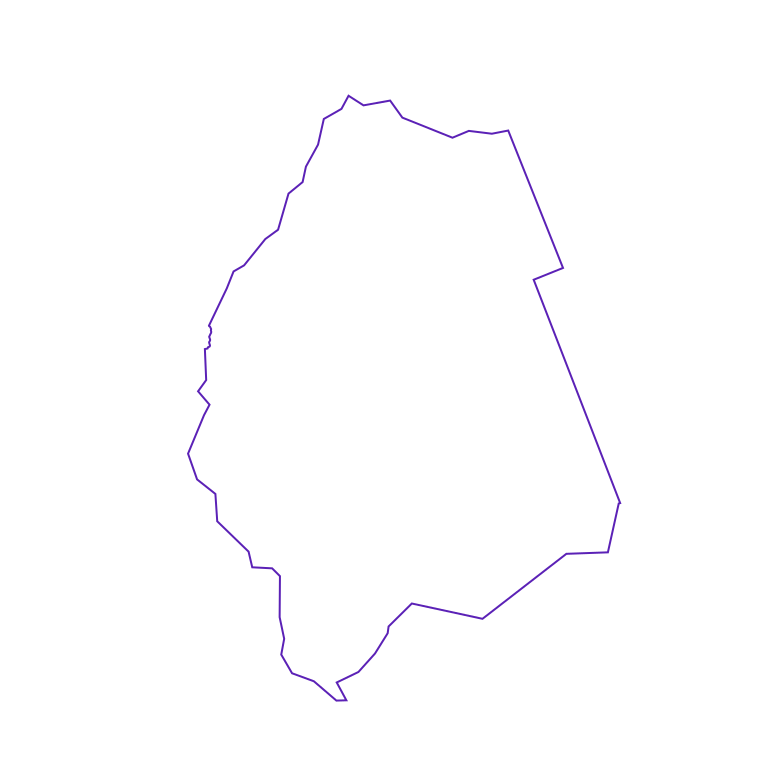 the district of Citrus, Florida, United States of America, rotated 249°
{"feature_id": "52423323B9967886911021", "entity_name": "Citrus", "entity_type": "district", "adm_level": 2, "iso_a3": "USA", "parent_name": "United States of America", "parent_adm1": "Florida", "projection": "mercator", "projection_center": [-82.446, 28.857], "detail": "fine", "context": "isolated", "style": "outline", "palette": "violet", "viewbox_px": 768, "rotation_deg": 249, "n_neighbors": 0, "source": "geoboundaries", "source_scale": "gbopen_adm2", "svg_char_len": 1030}
<svg xmlns="http://www.w3.org/2000/svg" viewBox="0 0 768 768"><g transform="rotate(249 384 384)"><path d="M102.2,235.5L122.3,232.9L124.3,256.9L135.6,279.0L150.0,298.1L156.0,301.4L169.1,331.3L129.5,391.8L160.1,493.4L146.6,532.7L188.3,560.3L188.2,561.8L342.5,561.4L427.7,561.1L428.2,592.7L576.1,590.8L579.0,574.4L589.9,553.9L589.4,536.2L626.1,496.6L646.4,491.3L651.5,464.7L665.8,454.2L656.1,442.9L653.0,422.8L631.1,408.2L614.9,389.0L601.7,380.4L596.0,363.1L566.0,340.4L561.9,325.2L544.9,295.9L543.0,283.9L529.6,271.5L501.2,241.5L500.7,241.5L499.8,242.1L497.2,242.3L496.1,241.6L494.6,241.4L493.7,240.9L492.7,239.7L490.7,237.7L487.9,237.6L486.9,237.2L485.7,235.7L484.7,235.5L482.5,235.4L481.9,235.1L481.4,234.4L481.4,232.9L480.4,232.0L480.8,229.3L451.4,219.4L443.8,207.8L427.2,213.7L419.4,204.8L389.2,176.1L361.9,175.3L341.8,187.2L315.6,179.1L276.0,197.5L260.1,195.3L252.0,213.5L241.9,218.0L203.7,203.0L181.9,199.5L168.2,191.1L146.9,194.5L131.6,212.0L105.5,226.1L102.2,235.5Z" fill="none" stroke="#5b21b6" stroke-width="2"/></g></svg>